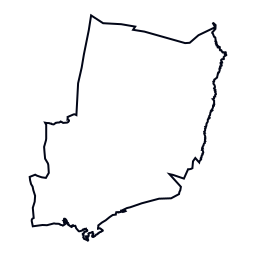 Zitlala, Guerrero, Mexico
{"feature_id": "50627088B63332967359881", "entity_name": "Zitlala", "entity_type": "district", "adm_level": 2, "iso_a3": "MEX", "parent_name": "Mexico", "parent_adm1": "Guerrero", "projection": "albers", "projection_center": [-99.152, 17.747], "detail": "fine", "context": "isolated", "style": "outline", "palette": "ink", "viewbox_px": 256, "rotation_deg": 0, "n_neighbors": 0, "source": "geoboundaries", "source_scale": "gbopen_adm2", "svg_char_len": 5729}
<svg xmlns="http://www.w3.org/2000/svg" viewBox="0 0 256 256"><path d="M179.0,194.1L179.4,192.0L180.3,190.2L180.9,186.8L169.4,174.1L173.0,174.9L183.9,178.6L188.1,169.2L189.0,169.3L191.0,168.9L192.4,168.2L193.0,161.3L195.3,158.0L197.9,161.0L199.2,162.4L199.4,161.3L201.1,159.4L201.2,159.1L200.7,158.7L200.7,158.3L201.3,157.6L201.2,157.3L201.7,156.8L201.6,155.9L202.0,155.1L202.6,154.7L202.7,154.3L202.4,153.9L202.4,153.6L202.5,153.4L203.0,153.2L203.3,152.3L202.7,150.4L202.5,150.2L201.9,150.0L202.2,149.4L202.1,148.6L202.8,148.5L202.4,147.7L202.7,147.4L202.6,147.0L202.8,146.3L203.5,145.6L203.6,144.6L204.0,143.6L204.9,142.9L204.7,141.8L205.0,141.3L205.3,141.2L204.9,140.2L205.0,139.1L205.4,138.8L205.3,138.2L205.1,138.2L205.0,137.8L205.3,137.5L205.4,137.1L205.2,136.7L205.1,136.0L204.2,133.5L204.4,133.2L204.9,133.0L204.1,131.8L204.2,131.6L204.7,131.4L205.0,130.8L205.2,129.8L205.0,128.7L205.6,128.2L205.6,127.6L205.2,126.8L205.4,126.7L206.0,126.7L206.2,125.9L206.4,125.7L206.4,124.0L206.7,123.7L206.8,123.0L207.4,122.4L207.8,121.3L207.8,119.6L207.9,119.3L208.5,119.1L208.7,117.9L209.4,118.0L209.7,117.8L209.3,117.1L209.2,116.3L209.4,115.7L210.0,115.2L210.4,112.5L211.3,111.3L212.5,110.3L212.2,109.8L211.6,109.9L212.5,108.6L213.0,107.4L213.0,105.8L213.1,105.6L213.5,105.8L213.9,105.8L214.0,105.4L213.8,104.5L214.2,104.4L214.3,104.2L214.1,103.9L214.1,100.7L213.6,100.3L213.5,99.6L212.9,99.1L213.6,98.9L214.1,98.4L213.9,97.1L214.2,96.7L215.2,96.5L215.1,95.0L215.9,94.3L215.8,93.3L215.2,92.6L215.6,91.8L214.9,91.1L214.7,90.6L215.4,90.0L214.7,89.4L214.0,88.4L214.1,88.2L214.4,88.2L214.9,87.8L214.9,86.3L214.2,84.5L213.7,84.2L213.4,83.2L213.8,82.1L213.4,81.8L213.3,81.6L213.5,81.4L214.0,81.4L214.2,81.2L214.3,80.5L214.2,79.8L214.5,79.4L215.3,79.0L216.4,78.0L216.8,77.8L217.1,77.5L217.2,76.4L217.5,75.7L217.7,74.3L218.3,73.5L218.3,73.3L218.0,73.1L218.2,72.5L219.1,72.1L219.7,70.3L219.7,69.8L219.4,69.3L219.4,68.8L219.5,68.7L220.1,68.6L220.5,68.2L220.5,67.6L219.9,67.2L220.2,66.2L220.9,66.1L221.7,65.6L221.7,65.0L221.1,64.5L220.6,63.8L220.6,62.8L221.0,62.6L221.9,62.9L222.2,62.7L222.0,61.9L221.2,60.9L221.1,60.1L221.7,59.4L222.1,59.2L223.8,59.1L223.9,58.8L223.6,58.2L223.7,57.1L224.8,55.9L225.2,55.8L225.5,55.5L226.1,55.3L226.3,55.1L226.2,54.7L225.9,54.1L225.6,54.1L225.1,54.3L224.8,54.2L224.6,53.9L224.7,53.4L225.8,52.8L225.8,52.6L225.7,52.3L225.3,52.2L224.1,52.5L223.9,52.3L223.5,52.2L222.8,52.5L222.6,52.4L221.9,51.5L221.3,50.2L221.0,50.1L220.2,50.3L219.9,50.0L219.9,49.0L219.7,48.6L219.8,47.6L219.8,47.1L219.2,46.8L218.3,47.5L217.7,47.4L217.6,47.0L217.8,46.4L217.8,45.8L217.4,45.6L216.6,45.5L216.5,45.2L216.9,44.8L217.0,44.3L216.8,44.1L216.0,44.0L215.8,43.7L215.8,43.3L216.1,43.0L216.5,42.3L216.3,41.9L215.7,41.8L215.3,41.4L215.3,41.1L215.8,40.4L215.4,38.9L215.4,37.9L215.0,37.2L214.1,36.8L212.6,33.0L212.2,32.8L212.6,31.8L213.3,31.4L213.8,30.8L214.0,30.3L214.6,29.9L214.7,29.1L215.3,29.0L215.4,28.9L215.6,25.1L213.6,23.2L213.0,23.0L212.6,22.7L215.2,27.2L198.5,35.2L189.7,42.8L185.1,43.1L144.4,31.6L133.1,29.8L135.2,26.6L121.2,24.2L103.1,23.2L91.1,15.4L88.8,30.1L83.9,54.4L81.7,67.5L78.1,83.3L76.4,115.1L74.7,114.3L73.6,114.4L67.6,117.0L67.7,117.6L67.5,119.5L67.8,119.4L68.5,119.7L69.0,120.6L69.0,120.9L68.2,122.0L67.7,122.3L67.1,122.6L63.1,122.9L62.1,122.2L61.2,122.0L60.9,121.6L60.7,121.5L59.5,122.4L58.8,122.5L56.9,122.6L56.3,122.9L55.6,122.9L54.6,123.8L53.9,124.3L53.4,124.4L51.9,124.1L51.5,124.0L51.1,123.5L50.0,123.5L49.2,123.1L46.7,123.0L45.1,122.7L46.2,124.8L46.2,138.5L46.0,140.2L44.1,146.9L44.5,152.2L45.1,158.7L47.9,163.4L48.3,165.0L48.8,172.9L45.9,177.9L41.8,177.3L40.2,176.8L36.8,175.6L35.2,174.7L29.7,176.9L30.1,180.3L31.1,184.2L32.6,186.6L33.3,190.1L35.1,195.8L34.7,201.7L32.8,207.8L33.7,218.0L32.4,218.7L31.8,219.7L31.7,220.9L32.8,226.3L42.5,225.0L47.0,225.2L54.0,223.4L55.6,223.7L58.9,223.8L59.9,224.4L60.1,224.4L60.4,224.8L62.0,225.1L62.8,225.6L63.3,225.4L65.2,224.1L64.3,223.9L64.3,223.1L64.0,222.4L63.8,221.3L64.8,221.7L64.6,221.3L63.9,220.8L64.3,220.7L64.0,219.5L64.1,218.8L64.8,218.7L65.2,218.9L65.9,219.5L66.7,220.7L66.8,221.1L66.6,221.1L66.5,221.4L66.8,221.9L66.6,222.5L66.3,222.9L67.1,222.4L67.8,222.8L67.7,223.0L67.9,224.1L68.6,224.4L68.4,224.9L70.1,226.0L70.5,226.4L71.1,226.3L71.3,226.6L71.3,226.8L71.6,227.0L71.9,226.8L71.9,225.8L72.7,225.6L72.7,225.3L73.0,225.2L73.3,225.5L73.0,225.9L73.7,226.0L75.1,225.8L75.2,226.1L75.6,226.3L75.8,227.2L76.2,228.3L78.7,231.2L79.6,231.3L81.9,230.6L82.4,230.3L82.8,229.6L83.5,229.3L84.2,229.2L84.6,228.9L85.4,229.1L85.8,228.8L86.0,228.7L86.5,229.9L87.1,230.0L87.3,230.4L87.2,230.9L86.4,231.4L85.8,231.6L84.4,231.5L84.4,231.8L84.7,232.0L84.1,232.7L83.3,234.2L82.8,234.0L82.8,234.8L83.6,235.3L83.7,236.4L83.6,236.7L83.2,237.2L83.4,237.6L83.9,238.0L83.9,238.6L84.3,239.0L85.0,239.1L85.5,239.5L86.2,239.6L87.8,240.6L88.2,240.1L88.0,239.3L87.2,238.9L87.5,238.3L86.9,238.1L86.4,237.4L86.1,237.3L86.0,236.4L86.3,236.4L86.9,236.2L88.4,236.4L88.7,235.8L88.7,234.3L88.4,233.8L88.8,233.3L89.2,233.0L90.7,232.8L91.7,232.5L92.2,232.0L92.6,232.0L92.7,233.1L93.1,233.3L93.3,233.6L93.3,234.3L93.1,234.8L92.3,235.2L92.1,236.3L92.2,236.6L92.6,236.9L93.2,237.0L93.9,236.5L94.2,236.5L94.4,236.2L95.2,235.9L95.6,235.2L96.2,234.6L96.8,234.5L97.4,234.1L97.7,233.6L98.3,233.2L98.5,233.3L99.5,232.3L100.9,231.9L101.1,231.6L102.7,230.8L102.8,230.5L102.7,230.3L100.2,228.4L99.8,228.3L98.0,228.7L98.0,227.9L98.3,227.0L98.3,225.4L102.0,222.5L105.7,220.3L109.5,217.2L112.7,215.0L115.8,214.6L115.9,213.2L116.4,212.6L116.4,212.2L118.7,212.1L118.7,212.4L121.3,211.8L121.1,210.6L122.3,210.4L122.3,211.1L123.0,211.0L123.1,211.9L124.0,211.7L125.6,211.1L124.7,210.0L123.9,209.5L127.1,208.0L130.1,207.3L141.7,203.3L159.0,198.7L171.1,198.3L179.0,194.1Z" fill="none" stroke="#020617" stroke-width="2"/></svg>